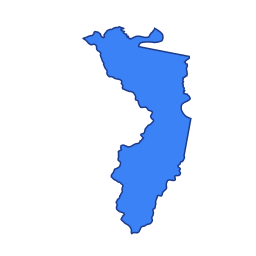 the district of Tonantins, Amazonas, Brazil, rotated 281°
{"feature_id": "56859067B7727099181602", "entity_name": "Tonantins", "entity_type": "district", "adm_level": 2, "iso_a3": "BRA", "parent_name": "Brazil", "parent_adm1": "Amazonas", "projection": "natural_earth1", "projection_center": [-67.705, -2.576], "detail": "fine", "context": "isolated", "style": "filled", "palette": "blue", "viewbox_px": 256, "rotation_deg": 281, "n_neighbors": 0, "source": "geoboundaries", "source_scale": "gbopen_adm2", "svg_char_len": 5934}
<svg xmlns="http://www.w3.org/2000/svg" viewBox="0 0 256 256"><g transform="rotate(281 128 128)"><path d="M207.5,67.0L206.8,67.9L206.4,69.3L205.8,70.4L204.2,72.4L203.4,73.6L203.0,74.4L202.8,75.0L202.7,76.1L203.7,78.4L203.7,79.7L203.1,80.7L202.2,81.5L200.0,82.0L199.0,82.5L198.2,83.5L197.8,84.6L197.3,85.7L196.5,86.9L194.2,87.0L193.0,87.6L192.1,88.1L191.2,89.0L190.0,89.4L188.9,90.1L188.0,91.0L187.1,91.9L185.9,91.8L184.9,92.5L183.9,93.1L183.0,93.7L181.7,94.9L180.9,95.9L179.8,96.7L178.5,96.7L177.0,97.1L176.2,97.8L175.2,99.1L174.8,100.2L175.2,101.5L175.3,102.9L174.1,105.7L174.1,106.8L174.0,110.0L173.9,111.2L173.1,112.7L171.8,113.1L170.5,112.9L168.9,114.7L167.8,114.9L166.6,114.7L165.4,115.5L165.2,116.9L164.5,119.8L164.3,121.3L164.2,122.5L164.3,124.1L164.1,125.7L163.4,127.0L161.4,128.9L160.5,129.5L158.1,129.7L157.1,130.1L157.0,131.2L156.6,132.5L155.4,133.3L154.3,133.6L153.1,134.4L151.4,135.7L150.7,136.6L150.8,137.8L151.7,140.3L151.7,141.8L151.2,142.9L150.2,143.6L149.4,144.6L149.1,146.5L148.9,148.2L148.2,148.9L147.1,148.9L146.0,148.6L144.9,148.1L143.7,148.0L142.5,148.7L141.7,149.5L141.1,150.9L140.2,151.7L139.1,151.5L138.2,150.8L137.1,150.2L135.9,149.3L135.0,148.1L134.3,147.2L133.1,146.6L131.7,145.8L130.6,145.2L129.2,145.0L127.9,145.1L126.6,144.9L125.7,144.3L124.5,142.1L123.5,141.9L122.8,142.8L121.9,143.9L121.2,145.1L120.3,144.5L119.3,143.8L118.1,143.4L117.4,142.2L116.2,142.3L115.1,141.4L114.0,138.8L113.2,137.5L112.3,136.4L111.3,135.4L110.5,134.4L109.8,133.0L109.4,131.2L109.9,130.1L110.0,128.5L110.4,127.3L110.1,125.8L109.4,124.6L107.3,124.6L106.3,125.0L105.4,125.7L104.5,124.8L103.9,123.7L102.8,123.0L101.8,123.4L100.7,123.7L99.4,123.8L98.0,124.3L95.3,124.2L94.3,124.7L93.8,126.0L93.1,126.9L92.2,127.4L91.2,127.5L90.2,127.3L89.1,127.3L88.1,126.7L87.2,125.8L85.8,124.3L85.1,122.8L83.9,122.5L82.8,122.4L81.4,122.1L80.5,121.5L79.2,121.0L78.0,120.7L76.8,121.0L76.1,122.3L75.2,123.4L74.6,124.7L74.3,126.4L73.7,127.4L73.2,128.6L73.1,129.9L72.8,131.0L71.9,132.2L71.3,133.4L70.3,134.1L69.3,134.0L68.1,133.8L66.7,133.8L64.4,134.6L63.2,134.2L62.2,133.7L60.8,133.6L59.9,132.9L58.8,133.0L57.8,132.9L56.6,132.3L55.9,131.3L54.7,131.4L53.8,130.7L52.7,130.6L51.5,131.6L50.6,132.0L47.7,131.8L46.5,132.2L45.7,133.0L44.8,134.5L44.3,136.0L44.0,138.5L43.5,140.1L42.4,141.0L41.4,140.4L40.4,139.5L39.3,139.5L38.3,138.9L36.9,138.7L36.1,139.7L35.3,141.2L34.0,143.1L33.0,146.0L32.3,147.5L31.6,148.5L30.8,149.3L29.8,150.1L28.5,150.9L26.1,151.1L25.1,151.9L26.2,153.1L26.6,154.3L26.7,155.8L26.9,157.1L27.8,158.2L29.1,158.8L32.5,159.6L33.7,160.2L34.4,161.5L34.8,162.7L35.7,163.8L36.5,164.6L37.2,165.4L37.6,166.7L38.2,167.8L39.2,168.7L41.4,169.6L42.5,169.4L43.7,168.7L44.8,168.5L46.0,168.7L47.1,169.2L48.0,169.2L49.5,169.2L50.4,168.9L52.0,168.1L53.2,168.2L54.0,169.5L55.4,169.8L56.8,169.6L59.0,169.8L60.3,169.2L61.2,169.2L62.8,169.3L65.5,169.9L66.9,169.8L67.6,170.5L67.6,172.3L67.6,173.6L68.6,174.2L70.1,174.2L71.3,174.4L72.2,174.8L73.6,175.7L74.6,176.6L75.8,177.2L76.8,177.3L78.4,176.7L80.7,176.2L81.6,176.4L82.7,176.5L84.0,176.9L84.9,178.3L85.1,179.5L85.0,180.7L85.1,182.2L85.4,183.5L86.1,184.2L87.6,184.0L88.8,183.1L90.0,183.4L90.6,184.9L90.9,186.4L91.7,187.6L92.9,188.1L94.0,188.0L95.1,187.0L96.2,186.4L97.1,187.1L98.3,186.9L98.9,185.7L99.5,184.6L100.9,184.3L101.6,185.2L102.7,186.0L103.7,186.0L105.0,186.5L105.5,187.8L106.7,188.4L109.2,189.0L110.3,189.0L111.3,188.3L149.2,187.9L149.6,185.7L150.3,183.3L150.8,182.1L151.5,181.0L153.1,179.2L154.9,177.6L156.3,176.9L157.7,176.3L158.8,176.2L160.1,176.1L161.3,176.3L162.2,176.9L163.5,178.0L166.0,181.4L167.2,182.6L168.6,183.5L170.1,182.6L170.9,181.9L171.5,180.8L172.1,179.9L172.6,179.6L172.4,178.8L172.5,178.3L172.4,177.7L172.6,176.5L172.8,176.0L173.4,176.2L173.7,175.9L174.2,175.6L174.6,175.9L174.9,176.3L175.3,176.6L175.7,175.7L176.3,175.5L177.4,175.7L177.8,175.5L178.2,175.3L179.0,174.3L179.9,174.2L180.4,173.8L181.0,173.9L181.7,173.5L182.2,173.0L182.6,173.3L183.1,173.3L183.6,173.6L184.1,173.6L184.5,173.2L184.9,172.7L186.6,172.9L187.5,172.3L188.3,173.2L188.8,174.2L190.0,174.5L190.4,175.8L192.5,175.8L193.6,175.4L194.7,175.1L195.6,174.6L196.7,174.3L197.8,173.8L198.8,174.2L199.8,174.5L202.0,173.9L202.0,172.7L202.9,172.0L203.4,170.9L204.4,171.6L205.4,172.0L206.2,172.9L207.0,173.7L207.9,174.6L208.9,174.8L209.9,174.4L209.9,125.1L210.1,122.9L210.9,122.9L212.4,123.1L213.3,123.6L214.3,124.7L214.6,125.3L215.2,126.9L216.1,130.0L216.9,134.9L217.0,137.8L217.8,140.3L218.8,142.5L219.5,143.7L219.9,144.3L220.3,144.7L221.2,145.0L222.5,145.1L223.0,145.1L224.9,144.7L226.4,144.0L226.8,143.6L227.7,142.4L228.8,140.6L230.5,136.5L230.9,135.2L229.9,135.2L229.0,134.7L228.2,134.2L227.5,134.0L226.5,133.4L225.3,132.4L223.2,131.6L221.6,131.2L221.2,130.7L220.7,129.6L220.4,128.4L220.1,126.6L220.3,122.7L220.2,121.9L220.0,120.2L219.5,118.6L219.2,118.1L218.2,116.6L216.5,114.4L216.3,114.0L216.3,113.5L215.8,113.1L216.0,112.6L216.4,112.0L216.8,110.5L217.1,110.0L217.5,110.0L217.5,110.6L217.8,110.9L218.2,110.4L218.2,109.8L218.0,109.3L218.3,108.9L219.2,108.5L219.7,108.7L219.8,108.2L219.7,107.7L219.8,107.1L220.1,106.5L220.5,105.6L220.9,105.2L221.3,105.3L221.6,105.6L222.1,105.9L222.2,105.5L222.0,104.8L222.3,104.2L222.5,103.0L222.8,102.4L223.2,102.3L224.2,102.7L224.3,103.4L224.2,104.0L224.9,104.7L225.1,104.2L225.3,102.3L225.3,101.5L225.6,101.0L225.7,100.5L225.5,99.6L225.1,99.2L224.6,98.8L224.4,97.3L224.3,96.8L223.5,95.2L222.3,93.9L221.8,93.4L221.5,92.8L221.5,92.2L221.4,91.6L221.0,91.2L220.5,90.2L219.6,89.0L219.1,88.7L218.3,88.5L217.8,88.1L216.9,87.7L216.5,87.4L215.8,87.1L215.2,87.0L214.8,86.7L214.1,86.9L213.6,87.0L213.1,87.4L212.5,87.2L212.2,86.8L212.0,86.3L212.2,85.7L212.4,85.2L213.5,83.7L214.0,83.4L214.6,83.3L215.1,82.9L215.5,81.8L216.2,80.9L216.4,79.6L216.3,78.7L216.4,78.1L216.4,77.6L216.2,77.1L215.9,76.7L215.3,76.5L214.2,76.5L213.8,76.4L212.6,75.7L211.8,75.0L211.6,73.8L211.0,72.8L210.4,71.6L209.7,70.7L209.0,69.8L208.5,68.7L207.5,67.0Z" fill="#3b82f6" stroke="#1e3a8a" stroke-width="1.5"/></g></svg>